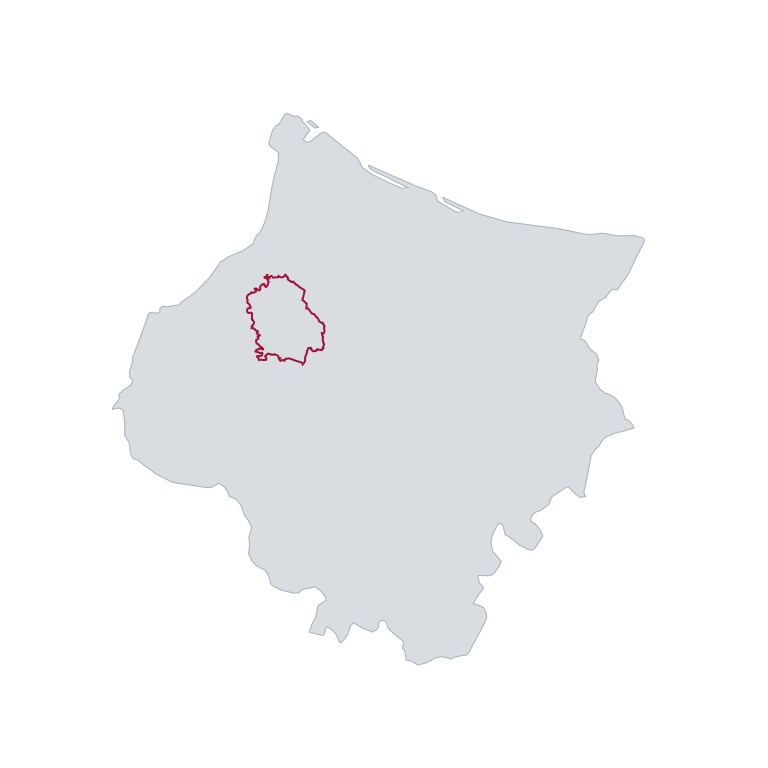 Iffou, N'zi-Comoé, Ivory Coast (highlighted), rotated 209°
{"feature_id": "98640826B12556457947993", "entity_name": "Iffou", "entity_type": "district", "adm_level": 2, "iso_a3": "CIV", "parent_name": "Ivory Coast", "parent_adm1": "N'zi-Comoé", "projection": "mercator", "projection_center": [-4.013, 7.499], "detail": "fine", "context": "in_parent", "style": "outline", "palette": "rose", "viewbox_px": 768, "rotation_deg": 209, "n_neighbors": 0, "source": "geoboundaries", "source_scale": "gbopen_adm2", "svg_char_len": 9589}
<svg xmlns="http://www.w3.org/2000/svg" viewBox="0 0 768 768"><g transform="rotate(209 384 384)"><path d="M192.2,175.7L194.5,175.6L200.6,173.8L206.1,169.8L211.2,161.3L218.1,154.5L225.9,155.0L228.2,153.7L231.0,153.5L234.2,158.0L237.5,161.4L239.9,161.5L241.6,168.0L255.8,170.7L261.9,172.4L267.0,177.1L268.8,177.2L271.0,176.3L272.7,174.6L273.0,172.8L270.8,168.6L271.8,164.7L274.1,161.3L277.8,161.1L283.3,160.1L289.6,160.1L294.3,160.7L296.2,157.3L294.4,147.7L294.9,142.4L295.7,138.0L297.4,136.2L304.5,141.8L310.9,143.8L315.5,144.0L316.8,142.9L314.9,136.8L315.4,134.9L317.1,133.9L320.1,133.2L328.4,130.7L329.2,131.2L330.8,140.9L330.1,144.0L331.8,150.6L333.9,156.7L333.8,159.1L332.0,162.9L329.9,166.4L330.2,167.8L333.4,170.1L339.7,172.6L346.2,173.1L349.8,169.6L353.6,166.7L356.2,164.1L357.1,160.3L361.2,157.5L373.0,154.0L383.9,153.5L386.5,154.6L391.4,159.9L397.6,163.6L407.0,163.1L413.9,165.3L419.8,169.4L423.8,178.4L428.2,185.0L430.1,194.3L436.9,199.2L442.3,201.4L449.6,208.2L457.2,211.6L465.0,210.8L468.6,214.3L474.5,216.8L480.3,217.0L485.4,209.2L492.2,206.2L509.3,199.9L516.1,197.1L522.9,195.3L539.4,194.8L554.8,196.7L562.4,198.1L567.6,197.1L572.5,200.8L577.7,208.5L581.8,211.0L586.1,213.7L589.3,219.8L593.0,225.9L595.0,228.6L599.6,234.6L603.6,234.7L607.5,232.1L609.1,230.1L609.9,234.1L608.4,240.5L608.7,244.5L610.9,246.0L609.7,251.1L605.1,259.8L605.1,265.0L609.6,266.6L612.8,272.0L614.7,281.3L616.7,284.5L616.9,286.4L620.1,309.0L624.1,331.6L621.6,334.5L618.1,335.4L615.8,336.4L615.1,338.6L616.6,341.6L615.6,344.5L611.3,346.4L601.8,353.6L601.1,356.5L598.6,362.6L596.5,366.3L593.4,373.2L588.4,391.5L586.6,406.7L586.3,411.4L584.4,414.6L582.2,419.3L571.9,432.3L566.6,442.9L567.3,447.5L567.5,452.2L566.0,455.5L566.3,464.4L567.6,471.9L569.4,479.3L576.9,500.1L580.8,512.7L583.2,522.9L585.3,529.7L587.3,532.5L588.2,535.1L599.3,537.0L601.4,538.5L604.5,551.8L603.9,557.8L601.8,560.1L601.8,565.1L601.3,571.4L599.7,573.9L593.5,574.2L589.3,576.6L583.7,575.7L583.2,574.1L580.2,573.5L571.9,570.0L573.3,558.5L569.4,558.0L566.5,559.5L560.6,573.3L557.8,575.7L516.6,568.6L507.7,562.8L497.0,561.5L478.3,562.2L462.9,563.9L458.5,567.4L497.4,565.3L501.6,565.7L503.5,567.8L454.3,572.4L435.6,575.1L430.0,574.3L425.8,569.9L405.4,569.4L401.3,570.8L398.7,574.1L406.8,573.4L419.4,573.2L422.8,575.7L383.2,578.9L355.7,585.1L344.1,589.7L305.7,604.8L282.4,612.0L276.2,614.6L265.6,622.0L252.0,626.6L236.6,635.3L227.3,637.3L225.2,634.5L224.9,619.8L223.6,600.1L224.1,592.6L225.3,585.5L225.4,579.6L230.0,577.4L231.3,575.0L232.0,567.3L236.3,560.3L236.4,548.2L237.7,545.7L238.7,542.5L236.8,534.5L234.4,519.5L233.2,518.5L232.2,519.1L229.7,519.4L220.1,514.2L212.7,513.3L207.4,508.9L207.1,503.8L204.6,500.8L202.8,495.0L200.2,488.3L192.9,484.2L186.0,483.3L181.1,484.1L175.4,483.9L168.8,481.6L164.3,479.1L160.0,474.2L156.0,470.2L152.8,470.7L148.9,469.8L145.1,468.0L143.9,466.7L159.8,451.0L165.2,443.4L165.8,438.7L165.9,434.0L167.6,429.1L168.1,421.7L159.2,394.9L157.0,386.6L154.6,384.2L153.1,383.3L157.6,379.8L163.7,380.7L173.2,383.4L175.2,380.8L182.3,367.2L182.1,362.2L181.4,358.7L185.6,349.4L188.9,345.8L190.6,341.9L190.1,336.7L187.6,334.7L184.3,335.1L180.3,333.8L174.3,330.7L171.3,328.0L172.2,315.7L172.8,311.9L174.9,309.7L178.2,309.1L187.6,308.8L195.1,310.2L201.8,311.0L205.3,311.0L208.2,314.6L212.0,318.3L215.4,318.3L216.5,315.5L215.8,303.4L213.5,297.0L208.4,290.8L195.3,285.5L195.0,278.2L196.3,270.2L199.1,267.2L208.9,262.1L207.2,259.4L204.1,256.5L197.9,253.5L199.3,243.9L199.6,235.4L194.4,236.3L189.0,236.8L184.4,234.2L180.6,229.0L179.9,214.7L179.9,198.2L179.2,190.8L180.7,186.9L185.3,183.3L190.4,178.7L192.2,175.7ZM578.4,575.9L576.2,579.0L565.8,577.0L568.3,574.4L578.4,575.9Z" fill="#d9dde1" stroke="#a8b0b8" stroke-width="1"/><path d="M455.6,389.4L455.8,389.7L456.6,390.3L456.7,390.8L456.8,390.9L457.1,391.2L457.9,391.4L458.4,392.3L459.1,392.9L459.5,393.8L459.7,395.1L459.9,395.5L460.2,395.7L460.5,395.7L461.1,396.4L461.7,396.6L462.2,397.2L462.3,397.8L462.9,398.4L462.5,398.5L462.1,398.8L461.6,398.8L461.2,399.2L461.1,399.6L461.2,400.0L461.5,400.7L461.7,401.5L462.1,402.1L463.4,403.4L463.9,404.7L463.8,405.2L463.9,405.3L464.2,405.8L464.6,406.0L465.5,406.3L465.6,406.7L466.2,407.0L466.4,407.0L466.4,407.4L467.3,407.8L467.6,407.8L468.0,407.6L468.5,407.2L468.7,407.3L469.9,407.3L470.5,407.2L471.4,407.5L471.9,408.1L473.9,409.6L474.9,409.7L475.0,409.8L475.6,409.8L475.9,409.9L476.4,409.9L477.0,410.5L478.8,411.1L479.0,411.1L479.5,411.0L480.2,411.1L480.8,410.7L481.2,410.6L486.1,412.9L486.4,413.0L486.8,413.0L487.1,413.2L487.3,413.2L487.9,412.7L488.5,412.4L490.5,416.7L496.3,418.1L496.5,418.5L496.4,419.1L496.7,419.9L496.7,420.6L498.1,425.3L498.3,426.0L498.3,426.6L498.8,426.9L499.0,427.5L504.2,427.8L504.5,427.6L504.8,427.5L505.5,427.9L506.3,428.0L507.2,428.4L508.0,428.5L508.3,428.4L508.5,428.2L509.3,428.3L510.1,428.7L510.6,428.6L511.0,428.8L511.8,429.3L512.8,429.6L513.2,429.3L513.5,428.6L514.7,428.3L515.0,428.3L515.6,428.8L515.9,428.9L516.5,428.8L516.8,428.6L517.9,428.6L518.4,428.7L519.0,429.1L519.3,430.2L519.6,430.5L520.8,430.5L521.5,431.2L522.0,431.4L522.6,431.5L522.9,431.7L523.3,431.7L523.2,430.6L523.6,429.6L524.4,428.4L525.4,427.5L527.4,427.0L527.8,427.0L528.6,427.4L528.7,427.0L528.5,426.0L528.7,425.8L530.9,424.5L531.7,423.6L532.1,423.4L533.0,423.4L534.1,423.7L534.5,424.0L534.9,423.9L535.4,423.4L535.9,422.5L536.2,422.2L536.0,421.6L535.5,421.2L535.5,420.8L535.8,420.4L536.0,420.3L536.8,421.0L537.4,421.3L538.1,421.3L538.5,421.5L539.0,422.3L539.0,422.7L539.3,422.5L538.9,421.3L538.9,421.1L539.6,420.1L540.3,419.7L540.2,419.3L539.9,419.1L539.1,419.2L538.9,419.5L538.6,419.6L538.0,419.5L537.7,419.3L537.2,419.3L536.8,419.1L535.4,417.9L534.9,417.8L534.5,417.4L534.3,417.4L534.3,416.1L533.7,413.9L533.9,412.2L534.0,411.9L534.2,411.7L534.8,411.6L535.5,412.0L536.1,412.1L536.5,412.3L536.7,412.5L536.7,413.2L537.0,413.4L538.1,412.9L538.5,412.6L539.0,411.0L539.3,410.6L539.6,409.5L539.1,408.3L538.5,407.7L538.3,407.4L538.2,406.6L538.2,405.7L538.5,405.3L539.4,405.1L540.3,405.5L541.8,405.6L542.6,405.3L543.1,404.9L543.3,404.6L543.3,404.4L542.5,404.3L541.9,403.9L541.2,403.6L540.8,402.8L540.9,402.6L541.8,401.2L542.9,400.2L543.1,400.4L543.7,399.9L543.9,399.8L544.2,399.8L544.3,399.5L544.6,399.5L544.7,399.1L544.4,398.5L545.2,397.3L545.7,397.0L545.9,396.7L546.1,395.3L546.2,394.7L546.0,393.4L545.2,392.3L544.4,391.8L543.9,391.2L543.7,390.7L543.7,390.4L543.5,389.9L543.1,389.1L542.6,388.8L541.4,388.7L540.1,388.2L539.8,388.0L539.2,387.3L538.7,387.1L538.4,387.1L537.8,386.4L537.7,386.0L537.9,385.3L538.4,385.2L539.2,384.7L539.6,384.2L539.9,383.7L539.6,382.7L539.6,382.0L539.2,381.4L537.9,380.5L537.1,380.5L536.7,380.6L536.1,380.9L535.2,381.7L535.1,381.8L534.2,382.0L533.9,381.9L533.1,381.2L533.0,380.4L532.7,379.7L531.4,378.1L531.3,377.8L531.4,377.2L531.2,376.8L530.6,376.3L530.2,376.1L529.7,376.3L529.3,376.2L528.8,375.8L528.0,375.4L527.8,375.1L527.5,374.9L527.2,374.1L527.2,372.7L527.5,371.9L527.5,371.5L527.3,371.2L527.7,370.5L527.3,369.3L527.0,369.1L526.9,368.8L526.4,369.4L526.1,369.5L525.6,369.5L525.4,369.5L525.0,369.1L524.9,369.0L524.0,369.1L523.5,369.3L522.1,368.7L521.5,368.7L520.8,369.0L520.3,369.0L519.8,368.9L519.5,368.3L519.5,367.9L519.8,367.7L520.0,367.3L519.9,366.9L518.8,366.3L518.3,366.2L517.7,366.2L516.8,366.5L516.5,366.6L516.1,366.4L516.1,366.0L516.5,365.6L516.9,365.1L517.2,365.0L517.3,364.6L517.6,364.3L517.4,364.0L516.2,363.3L515.9,362.9L516.2,361.8L516.8,361.3L517.1,360.6L516.9,359.7L516.3,359.1L515.8,358.3L515.5,358.0L514.8,357.7L513.6,357.7L513.3,357.9L512.8,357.8L511.6,357.3L511.0,356.8L508.8,356.8L507.9,356.6L507.4,356.3L506.8,356.3L506.6,356.1L506.5,355.8L506.6,355.5L507.0,355.2L507.7,355.2L508.4,355.0L509.0,355.0L510.0,354.6L510.5,354.2L510.6,353.6L510.6,353.4L511.3,352.9L512.1,352.1L512.3,351.5L512.1,350.8L512.2,350.4L512.1,350.2L511.6,350.1L510.1,350.7L508.9,350.9L508.2,350.7L507.6,350.8L506.9,351.3L506.0,352.2L505.7,352.2L505.4,352.1L505.2,351.9L504.7,350.0L505.1,349.1L505.4,348.9L505.9,348.7L506.9,347.4L508.2,347.3L508.5,346.9L508.5,346.5L508.4,346.3L508.1,346.2L507.5,346.2L507.0,346.1L505.8,345.0L505.3,344.8L505.0,344.4L504.8,344.7L503.6,345.5L503.0,345.8L501.8,346.1L501.1,346.5L500.5,347.0L499.3,347.6L498.7,348.1L498.8,348.6L500.3,350.3L500.5,350.4L500.8,350.4L501.4,350.6L501.2,350.9L501.2,351.6L500.9,352.0L500.8,352.3L500.8,352.9L500.6,353.5L500.0,354.4L499.4,354.7L498.8,354.7L498.3,354.9L497.7,354.7L497.3,354.7L496.9,355.2L495.9,355.4L495.4,355.8L494.5,356.1L494.4,356.7L494.1,357.0L493.1,357.2L491.2,357.3L490.4,357.2L490.0,357.1L489.6,356.7L489.2,356.0L488.8,355.7L487.4,356.2L487.6,355.1L487.5,354.7L487.3,354.6L487.0,354.5L486.4,354.3L486.2,354.3L485.5,354.2L485.1,355.0L484.5,355.6L484.3,356.0L484.0,356.1L483.4,355.8L483.0,356.1L482.3,356.2L482.4,357.7L482.3,358.3L481.6,358.6L481.4,358.9L479.2,360.5L471.1,361.8L466.8,362.8L466.3,362.5L465.9,362.6L465.3,362.3L464.7,361.8L464.7,362.2L464.8,362.3L464.2,363.5L464.3,364.2L464.0,365.2L464.2,365.7L464.2,366.2L464.6,366.9L464.9,367.1L465.4,367.9L465.5,368.4L466.0,369.4L466.0,370.2L466.2,371.2L466.2,371.6L466.4,372.1L466.6,373.5L466.5,374.2L466.6,374.4L467.2,374.9L467.3,375.5L467.5,378.9L467.1,379.2L466.4,379.2L465.7,379.9L465.6,379.7L465.2,379.8L464.6,379.6L464.4,378.9L464.1,378.7L463.0,378.5L462.4,378.6L461.7,378.3L461.4,378.5L461.2,378.8L460.9,379.0L460.8,379.3L460.4,379.4L459.9,379.9L459.5,380.0L459.4,380.8L459.2,380.9L459.2,381.1L459.3,381.6L458.7,381.6L458.7,382.1L457.9,382.5L457.7,382.5L457.0,382.7L456.4,383.1L455.8,383.0L455.1,383.3L454.6,383.9L454.6,384.3L454.9,384.7L454.5,385.5L455.0,385.5L455.1,386.2L454.9,386.6L455.4,387.5L455.6,389.4Z" fill="none" stroke="#9f1239" stroke-width="2"/></g></svg>